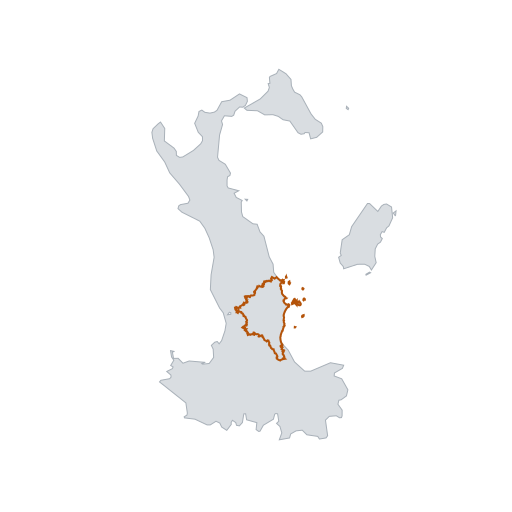 location of Toscana, Siena, Italy, rotated 207°
{"feature_id": "23120603B95153686365028", "entity_name": "Toscana", "entity_type": "district", "adm_level": 2, "iso_a3": "ITA", "parent_name": "Italy", "parent_adm1": "Siena", "projection": "mercator", "projection_center": [10.807, 43.355], "detail": "fine", "context": "in_parent", "style": "outline", "palette": "amber", "viewbox_px": 512, "rotation_deg": 207, "n_neighbors": 0, "source": "geoboundaries", "source_scale": "gbopen_adm2", "svg_char_len": 9730}
<svg xmlns="http://www.w3.org/2000/svg" viewBox="0 0 512 512"><g transform="rotate(207 256 256)"><path d="M116.4,121.7L119.1,123.3L129.5,119.8L135.7,121.8L140.9,118.4L144.3,113.2L143.5,109.1L151.8,102.8L152.7,110.1L157.3,115.0L161.7,116.2L160.7,119.1L165.1,125.2L166.9,124.6L167.5,123.5L166.4,118.5L172.6,108.6L172.9,101.7L174.0,100.9L177.1,101.4L179.6,107.9L190.0,105.8L193.6,110.7L195.2,109.8L192.5,101.4L193.7,97.1L196.5,96.3L198.4,98.4L202.4,98.9L202.6,96.4L201.6,94.7L202.9,87.4L208.9,88.0L212.4,90.7L216.6,90.6L220.1,84.7L222.9,83.3L236.3,82.9L246.2,79.3L247.0,80.1L245.3,82.9L245.8,84.8L251.8,93.3L284.8,100.0L284.3,102.1L277.2,107.5L276.7,109.5L277.8,111.3L283.1,112.6L279.4,117.6L279.5,119.5L282.3,119.7L281.9,125.8L285.4,127.7L289.2,132.9L285.3,133.9L286.9,132.5L283.0,127.3L278.9,129.5L272.4,127.3L267.9,132.1L252.9,138.2L255.5,135.5L254.4,135.4L248.9,139.0L247.7,146.4L251.9,153.6L255.2,156.1L253.6,160.5L251.7,162.2L249.0,161.0L248.2,164.9L249.7,175.2L252.0,182.5L259.4,190.5L264.8,193.1L281.4,205.3L287.5,218.9L292.7,235.8L297.0,242.1L306.0,251.0L314.2,257.5L321.9,261.5L341.9,261.4L347.0,262.8L347.6,265.6L346.6,267.5L340.6,272.1L340.3,275.8L343.1,278.4L356.7,285.2L370.6,290.9L380.0,298.3L392.1,304.5L401.5,313.9L404.9,318.9L405.5,322.7L403.2,329.3L401.9,332.0L395.2,328.2L389.9,316.9L378.0,314.9L374.5,313.0L372.6,309.5L368.8,309.2L366.2,311.0L359.7,321.6L356.2,330.8L356.0,334.4L357.9,338.0L363.6,340.0L370.9,346.4L371.1,354.4L372.4,358.9L370.5,361.4L366.8,360.8L361.9,362.4L358.4,365.3L356.9,368.1L356.6,377.9L349.9,383.0L344.3,392.9L335.9,393.0L333.9,389.9L333.8,385.4L335.3,382.6L338.3,381.3L340.4,375.5L339.8,371.3L341.0,369.4L347.8,366.6L348.1,360.7L345.5,358.0L343.4,347.3L335.1,326.5L332.4,324.4L325.0,323.8L316.4,318.3L315.8,315.9L317.3,313.7L316.3,310.6L313.6,305.3L311.7,304.0L301.0,306.3L304.0,302.0L300.2,299.2L293.5,299.2L293.6,297.3L288.9,288.6L285.7,285.1L273.4,283.3L269.4,284.8L263.4,279.3L257.9,277.2L243.9,261.3L237.1,256.5L232.8,249.5L224.2,244.9L220.3,246.0L219.3,245.1L221.4,243.8L221.0,241.1L215.2,234.1L211.8,231.8L209.4,227.3L204.5,226.2L204.7,218.1L202.8,212.3L199.6,207.3L197.7,195.5L196.3,192.2L192.7,189.6L184.7,186.8L173.6,179.1L160.4,175.5L155.0,178.2L141.2,194.7L128.3,198.5L128.0,195.1L133.0,187.4L131.9,184.6L123.9,185.5L113.4,178.5L111.9,172.4L114.9,166.5L116.7,165.1L115.7,161.1L109.3,157.8L106.7,152.6L106.5,150.8L108.1,149.8L111.9,150.1L117.9,146.4L119.6,141.3L110.6,128.4L111.0,125.7L116.4,121.7ZM254.2,193.8L254.7,190.7L252.0,192.6L252.7,194.1L254.2,193.8ZM333.6,382.5L323.5,397.9L320.1,408.3L320.6,412.2L323.4,415.1L322.0,416.2L325.1,421.1L325.0,422.4L320.5,427.9L320.4,432.7L312.0,432.0L305.0,429.2L301.7,423.7L298.9,421.4L296.0,419.5L290.0,419.6L287.4,418.5L271.5,407.6L265.3,404.7L258.1,404.0L255.2,401.6L252.9,396.8L255.8,389.3L260.5,385.2L264.7,389.9L268.4,388.3L268.6,386.8L271.2,384.9L274.5,384.9L287.1,391.6L293.7,389.7L299.6,390.5L305.1,389.6L312.3,385.7L320.6,386.1L330.2,381.7L333.6,382.5ZM182.3,296.9L186.6,309.6L182.5,317.3L184.1,325.6L180.5,353.4L178.6,354.3L167.7,351.0L166.9,357.4L165.5,360.0L163.3,361.6L157.5,361.2L151.6,352.1L151.2,343.1L152.4,340.5L152.5,335.3L154.7,335.0L154.9,331.4L153.6,329.5L151.4,328.9L151.4,324.9L153.0,321.8L153.0,316.5L150.0,309.6L145.9,304.6L146.8,295.9L150.3,298.1L155.5,298.0L161.8,294.7L172.1,284.4L173.4,286.2L177.8,288.0L181.8,292.4L180.3,295.2L182.3,296.9ZM201.5,230.0L202.4,232.1L202.1,235.0L200.0,233.3L194.8,234.0L194.3,232.5L200.6,231.2L201.5,230.0ZM153.2,356.6L151.7,359.8L150.1,355.6L150.3,355.1L153.2,356.6ZM149.8,289.6L147.5,293.2L146.3,293.1L149.2,288.9L149.8,289.6ZM243.3,430.5L240.5,429.7L240.4,428.2L242.6,428.5L243.3,430.5ZM291.4,301.7L289.1,302.7L289.1,300.9L291.4,301.7Z" fill="#d9dde1" stroke="#a8b0b8" stroke-width="1"/><path d="M192.0,188.8L192.6,189.4L192.4,189.2L192.5,189.1L192.6,189.3L193.2,189.4L195.0,191.0L196.2,192.6L197.5,194.7L197.6,195.4L197.4,195.2L198.1,196.8L198.5,199.5L198.7,201.3L198.3,201.6L198.6,202.4L199.1,205.2L198.9,205.8L199.2,205.5L199.2,204.9L199.3,205.3L199.6,204.9L199.5,205.3L199.0,205.8L199.0,206.0L199.2,205.8L199.1,206.0L198.9,206.3L199.5,207.2L199.9,208.7L201.1,209.5L201.6,210.4L201.7,211.2L202.3,211.3L202.7,212.9L202.2,212.8L202.7,212.9L202.8,212.9L203.1,214.0L204.2,215.1L204.7,216.4L205.1,219.3L205.1,221.9L204.7,224.4L204.4,224.7L204.5,225.1L204.3,225.4L204.0,225.3L203.7,225.5L204.0,227.5L205.2,227.8L205.5,227.5L205.3,227.6L205.2,227.3L205.4,227.4L205.7,226.9L205.4,227.0L205.7,226.8L207.8,226.7L209.4,227.1L211.0,228.2L211.4,229.0L210.9,229.6L211.0,230.9L210.7,231.7L210.0,231.9L210.1,231.7L209.9,231.9L211.3,232.9L213.2,233.1L215.5,234.1L216.4,235.2L217.0,236.8L218.9,237.9L218.8,238.4L219.3,238.8L219.8,240.3L220.1,240.5L220.3,240.2L220.7,240.1L221.2,240.9L221.6,242.3L221.1,244.2L220.8,244.5L219.9,244.5L219.4,244.1L219.1,244.7L218.9,244.7L219.2,245.9L219.9,246.2L220.6,246.7L220.6,247.0L220.9,246.8L221.5,246.9L221.6,246.4L222.1,246.1L221.9,245.9L222.1,245.8L222.1,245.6L221.9,245.6L222.0,245.4L222.8,245.1L223.6,245.1L224.1,245.5L225.6,245.7L228.1,246.5L228.2,246.1L228.1,245.9L228.8,245.2L229.1,244.3L232.3,244.5L232.3,242.7L231.6,242.4L231.5,242.0L230.9,241.7L231.1,241.1L231.6,240.8L231.4,240.6L231.5,240.5L231.3,240.0L231.9,239.9L232.2,240.3L232.5,239.9L233.0,240.0L233.9,239.5L233.9,239.0L234.7,238.5L235.3,238.6L235.7,238.0L235.7,237.5L236.4,237.7L237.2,237.0L236.9,236.5L236.5,236.4L236.6,235.8L236.3,235.1L237.0,235.2L237.4,233.9L236.4,233.4L236.5,233.1L235.6,232.5L235.7,231.9L236.3,231.3L237.1,232.2L237.3,231.2L238.2,230.7L239.3,230.8L239.2,230.5L239.8,230.3L240.2,229.6L241.0,229.6L240.9,228.5L240.3,228.4L240.3,227.6L240.7,226.9L240.7,225.9L241.5,223.3L241.3,222.9L240.9,222.7L240.4,223.3L240.0,222.5L240.2,221.9L239.8,220.7L240.0,220.6L240.1,220.0L241.7,218.8L242.5,218.7L243.1,217.2L242.8,216.6L243.2,216.4L244.3,217.0L245.0,216.3L245.7,216.3L246.4,215.7L247.2,215.4L247.6,214.9L246.9,214.2L246.4,215.4L245.3,215.0L245.1,214.5L245.4,213.8L245.1,212.7L244.5,212.2L243.9,212.5L243.9,211.2L242.8,211.3L242.6,210.7L243.4,209.9L244.0,210.1L244.6,209.2L245.2,208.7L245.6,208.8L245.6,208.5L244.4,207.8L244.3,207.4L244.7,206.7L244.9,206.8L245.5,206.6L245.8,206.8L246.1,205.7L247.4,203.9L246.6,202.8L247.8,202.4L248.3,201.8L248.1,201.5L248.9,201.7L249.5,201.3L249.7,200.9L249.5,200.1L249.7,199.8L250.1,201.1L249.9,201.6L250.4,201.6L250.3,200.6L251.0,200.8L251.3,200.5L250.2,199.1L249.1,198.6L248.4,198.7L248.2,199.0L247.7,198.8L247.2,198.8L246.9,199.7L246.1,198.7L243.7,199.4L243.3,198.8L243.0,199.0L242.1,198.5L241.6,198.7L240.8,198.2L240.6,197.7L239.9,197.6L239.7,196.9L239.1,197.1L238.6,196.8L237.9,197.1L237.4,196.8L236.6,195.7L235.2,195.1L234.6,194.3L234.9,193.1L234.0,192.6L234.2,191.9L233.2,191.2L233.0,190.7L233.2,190.4L233.1,190.2L233.5,190.1L233.3,189.7L233.9,189.6L234.3,189.1L234.3,188.5L235.3,187.3L235.7,186.1L233.9,186.0L233.8,186.3L233.1,186.9L232.9,186.4L232.2,186.1L231.5,186.4L231.6,186.0L231.9,185.9L232.0,185.5L232.3,185.3L232.3,184.8L231.2,184.7L230.9,184.5L230.5,185.0L229.4,184.6L228.9,184.1L229.1,184.0L228.9,183.9L228.5,183.9L228.5,183.6L228.3,183.7L228.0,183.3L228.2,182.9L228.1,182.6L227.4,181.9L226.3,183.3L225.4,183.1L225.1,183.3L224.9,184.0L224.2,184.3L223.8,184.9L222.8,184.8L221.7,185.0L221.7,185.3L222.3,185.9L223.3,186.3L223.4,186.7L223.0,186.9L220.8,186.4L220.0,186.5L219.0,187.2L218.0,187.2L216.8,186.5L217.1,185.9L217.1,185.5L216.9,185.5L216.2,186.0L215.6,187.2L214.7,188.1L214.3,188.1L214.2,188.0L214.3,187.4L214.0,187.1L213.6,186.8L212.9,186.9L212.8,186.5L211.8,186.2L210.3,184.9L208.3,185.0L207.7,184.7L207.2,185.4L207.3,186.1L206.5,186.3L206.1,185.7L204.8,184.9L204.6,183.9L203.8,183.2L204.0,182.7L203.7,182.5L203.3,182.2L202.4,182.4L201.0,180.9L200.2,180.9L199.3,180.4L197.9,180.9L197.2,179.8L196.3,179.3L195.1,177.9L194.0,178.2L191.8,176.7L191.3,176.1L191.7,175.2L191.4,174.6L190.9,174.6L190.8,174.0L189.0,173.7L187.0,173.9L186.9,174.4L185.4,176.1L185.5,176.6L185.1,176.6L185.0,177.0L184.4,176.9L183.6,177.5L184.2,177.6L184.7,178.8L185.3,179.0L185.6,179.6L186.6,180.4L186.9,180.3L187.8,180.8L188.0,181.5L187.9,182.1L188.4,182.5L187.9,183.5L188.1,184.0L188.8,183.0L189.2,183.0L189.4,183.3L189.9,183.4L189.5,183.5L188.8,184.5L190.9,184.5L191.1,185.3L190.9,185.5L191.4,186.2L191.4,186.6L191.1,186.9L191.4,187.1L192.1,186.1L192.7,186.3L193.3,186.9L193.1,187.5L192.4,188.0L192.0,188.8ZM202.0,229.5L201.4,230.2L201.1,231.1L200.6,231.4L200.5,232.0L200.1,232.1L199.4,231.8L199.9,231.4L199.0,231.3L198.2,231.0L198.5,231.4L198.1,231.6L198.3,231.9L197.8,232.0L197.7,232.4L196.2,231.6L195.9,231.8L195.1,231.7L194.2,232.3L194.1,233.1L194.6,234.0L195.5,234.5L195.4,234.3L196.2,234.1L197.5,234.5L197.5,233.9L197.7,233.7L198.8,234.2L198.9,233.6L199.1,233.4L199.4,233.4L199.6,234.2L199.7,233.9L199.6,233.4L200.2,233.2L200.6,233.4L201.0,234.8L201.5,235.1L201.9,234.9L202.2,235.2L202.5,234.8L202.5,234.2L201.8,233.9L201.9,233.5L201.3,233.4L202.5,232.7L202.4,232.2L202.6,232.0L202.3,231.4L202.7,230.4L202.0,229.5ZM214.4,246.3L213.7,246.1L213.8,246.8L213.4,246.7L213.4,247.3L213.8,247.3L214.7,248.5L215.0,248.0L214.7,247.3L214.9,247.2L214.4,246.3ZM187.1,222.6L186.5,223.3L186.5,223.8L186.3,224.3L186.7,225.0L187.5,224.2L187.7,223.6L187.6,223.3L187.4,223.4L187.4,222.9L187.1,222.6ZM246.3,197.0L246.3,197.6L246.7,198.2L247.0,198.4L247.3,197.9L248.1,197.9L247.8,197.0L247.4,197.2L246.3,197.0ZM193.5,238.2L193.5,239.0L193.2,239.3L192.7,239.3L192.8,239.7L193.8,240.0L194.1,239.7L194.1,239.2L193.7,238.8L193.8,238.3L193.5,238.2ZM199.8,247.7L199.1,247.4L198.9,247.5L198.8,248.0L198.9,248.5L199.5,248.6L199.5,248.4L199.9,248.3L199.8,247.7ZM219.5,250.3L219.0,250.7L219.5,251.2L219.4,250.7L219.7,250.7L219.5,250.3ZM189.0,209.9L188.8,210.0L188.7,210.5L189.2,210.4L189.0,209.9Z" fill="none" stroke="#b45309" stroke-width="2"/></g></svg>